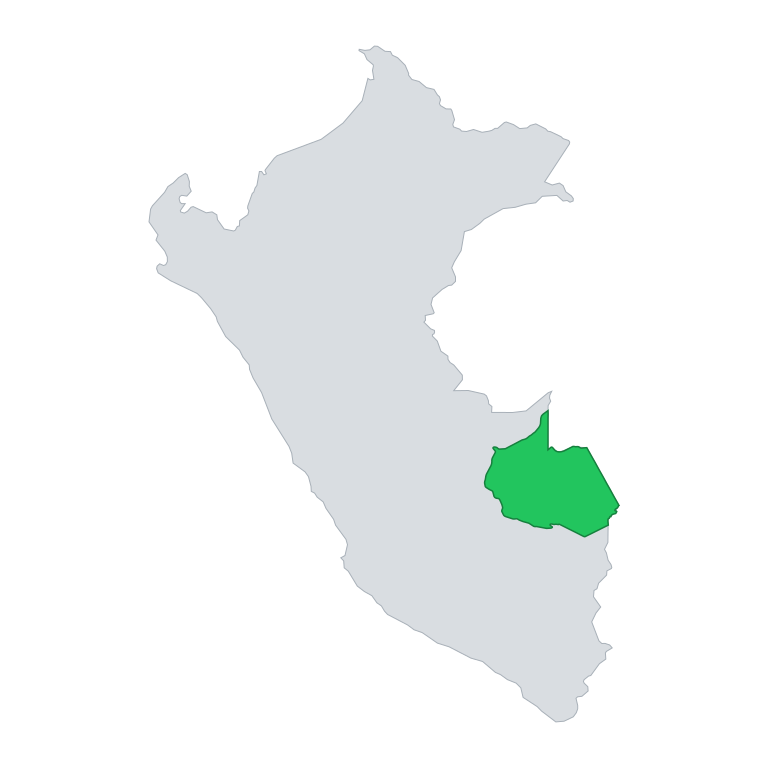 Madre de Dios highlighted on a map of Peru
{"feature_id": "PER-572", "entity_name": "Madre de Dios", "entity_type": "Department", "adm_level": 1, "iso_a3": "PER", "parent_name": "Peru", "parent_adm1": "", "projection": "albers", "projection_center": [-70.763, -11.651], "detail": "fine", "context": "in_parent", "style": "filled", "palette": "green", "viewbox_px": 768, "rotation_deg": 0, "n_neighbors": 0, "source": "natural_earth", "source_scale": "10m", "svg_char_len": 6166}
<svg xmlns="http://www.w3.org/2000/svg" viewBox="0 0 768 768"><path d="M573.3,198.6L573.1,201.0L570.0,202.2L567.2,200.5L563.1,201.0L556.9,195.4L542.2,196.3L535.6,202.8L525.9,204.2L515.2,207.3L503.1,208.6L484.2,219.1L479.9,223.3L471.4,229.5L464.4,231.6L461.1,250.6L454.4,261.7L451.7,267.8L455.5,276.9L455.5,281.4L451.7,285.1L448.5,285.5L442.1,289.4L432.6,297.9L431.0,304.4L434.2,312.8L433.1,313.8L425.2,315.5L425.5,320.3L423.9,322.1L430.6,328.8L434.4,330.4L434.6,332.1L434.0,333.8L432.5,334.6L432.4,336.1L437.3,341.1L440.9,351.2L447.9,356.1L448.0,359.4L450.1,362.6L453.8,365.0L462.3,375.1L462.4,379.8L453.7,390.7L468.2,390.5L484.2,394.1L486.5,395.9L488.4,400.7L488.7,403.9L491.9,406.5L491.6,412.4L512.6,412.5L526.1,410.9L548.1,392.8L551.7,391.3L549.8,395.2L549.5,398.1L550.7,401.2L548.1,405.6L547.9,449.7L551.9,447.4L557.0,451.5L560.8,451.8L572.8,446.8L586.7,447.7L618.9,505.5L616.1,509.4L616.2,512.3L612.2,514.8L608.2,519.5L607.9,542.4L604.5,549.3L606.4,552.9L608.1,560.2L611.0,564.6L611.8,567.4L611.4,568.5L606.9,570.9L606.6,575.1L598.6,583.2L597.0,588.7L594.0,590.5L593.5,596.8L600.7,607.0L596.0,613.0L591.7,621.9L598.9,640.8L601.8,643.5L605.0,643.4L609.7,645.0L612.2,647.9L606.4,651.4L605.4,652.9L605.8,659.1L599.4,663.7L590.8,675.5L588.5,676.1L584.1,679.7L583.4,681.4L584.1,683.1L587.8,686.7L588.1,691.0L581.9,696.3L577.6,696.8L576.0,698.3L577.7,705.5L577.7,708.8L576.3,712.7L573.3,716.8L564.1,721.2L555.8,721.9L541.6,711.1L537.2,706.6L523.1,697.4L520.8,687.8L516.1,683.1L507.4,679.6L500.5,674.6L495.4,672.4L482.6,661.5L470.9,658.1L449.1,646.8L437.4,643.1L422.2,632.6L414.1,629.8L407.5,624.9L387.6,614.5L384.5,611.1L381.4,605.9L376.9,602.8L371.9,595.7L364.5,591.6L357.3,586.1L348.3,571.2L344.2,567.8L343.7,560.9L340.8,557.8L345.0,555.5L347.5,544.7L346.0,539.4L335.6,525.2L333.6,519.3L326.0,508.4L323.2,501.9L317.2,497.2L314.6,493.1L311.3,491.4L311.0,486.3L308.5,476.7L305.1,471.9L293.1,463.1L291.7,453.2L289.0,446.4L271.8,419.0L261.6,392.6L253.1,378.0L249.6,369.5L249.2,364.9L243.0,357.2L239.5,350.1L225.7,336.6L217.4,321.4L216.2,316.9L210.6,308.6L201.6,297.8L197.2,293.5L170.7,280.8L158.2,272.9L156.6,268.7L157.1,266.2L159.7,263.8L163.5,265.5L165.7,264.7L167.4,261.6L167.3,257.0L164.8,251.2L156.0,240.1L158.0,234.9L149.0,221.9L150.6,209.1L152.4,205.8L164.6,192.3L167.9,186.6L173.2,183.0L178.6,177.6L185.2,173.4L187.2,174.7L189.4,181.5L189.2,186.2L191.2,191.2L186.8,196.1L181.7,195.3L179.8,196.5L179.1,198.7L180.0,202.2L181.4,203.6L185.2,203.6L180.3,210.6L180.7,212.0L184.3,213.1L187.6,211.2L191.1,207.2L193.2,206.6L206.2,212.8L212.1,211.9L216.8,214.8L217.5,219.7L224.1,229.0L233.7,231.0L235.3,230.2L237.3,226.5L239.4,225.9L239.7,220.6L247.8,214.8L248.9,210.9L247.6,208.2L247.8,206.0L252.3,193.4L253.8,192.1L255.1,188.0L256.9,185.5L259.4,171.5L261.6,171.5L263.9,174.8L266.4,173.8L265.0,170.7L265.4,169.6L274.3,158.2L277.1,155.7L321.2,139.3L343.0,123.1L362.2,100.7L367.9,78.4L370.2,79.9L373.9,79.3L372.5,70.4L373.4,66.1L373.2,64.8L367.0,59.6L364.4,53.8L359.0,50.6L359.2,49.3L364.9,50.4L370.0,49.8L374.4,46.1L377.6,46.3L385.0,51.3L390.5,51.6L392.3,55.2L397.6,57.7L405.2,65.3L408.7,73.6L408.5,75.1L411.9,79.5L419.1,81.5L426.4,87.6L434.0,89.4L437.4,94.9L439.4,96.7L440.5,99.9L439.4,103.6L440.5,105.6L446.0,108.9L450.8,109.0L451.8,110.5L454.5,119.7L452.8,124.4L453.5,126.9L459.8,129.2L461.6,131.1L466.5,131.5L473.5,129.5L482.1,132.3L488.8,131.2L491.8,130.4L495.0,128.4L497.6,128.4L504.4,122.5L506.3,122.0L513.5,124.6L519.7,128.6L527.2,127.9L530.3,125.4L535.8,123.9L545.7,128.9L547.8,131.2L550.6,131.7L561.1,136.7L563.0,138.6L568.6,140.5L569.7,142.1L569.4,143.9L544.6,181.8L552.2,185.0L559.4,183.1L563.1,185.6L565.8,191.8L571.4,195.9L573.3,198.6Z" fill="#d9dde1" stroke="#a8b0b8" stroke-width="1"/><path d="M586.1,447.7L586.8,447.7L586.9,447.9L587.0,448.1L587.2,448.4L587.3,448.6L587.4,448.8L587.6,449.1L587.7,449.3L587.8,449.5L591.6,456.3L595.4,463.0L599.1,469.8L602.9,476.5L606.6,483.3L610.4,490.0L614.1,496.8L617.9,503.5L618.8,505.2L619.0,505.5L618.6,505.7L618.4,506.0L618.1,506.7L617.8,507.3L617.4,507.8L616.9,508.3L615.8,508.9L615.3,509.3L615.0,509.8L614.9,510.5L615.2,510.8L616.4,511.1L616.8,511.6L615.9,513.2L615.7,513.5L612.7,514.3L611.9,514.8L611.3,515.6L610.9,516.6L610.1,516.5L609.6,517.2L609.3,518.1L608.1,519.0L607.9,519.8L607.9,521.4L608.3,525.1L585.4,536.5L584.8,536.7L583.8,536.5L559.5,524.3L558.9,524.2L558.3,524.6L557.1,524.4L555.9,524.2L554.0,524.5L552.3,524.1L551.1,524.0L550.6,524.1L550.2,524.3L550.1,524.8L550.2,525.3L550.6,525.7L551.1,526.0L552.0,526.6L552.3,527.0L552.3,527.4L551.8,527.8L551.1,528.1L546.6,528.4L536.4,526.5L535.5,526.6L534.3,526.5L533.7,526.3L529.2,523.4L528.6,523.1L523.1,521.6L519.3,520.1L518.6,519.7L517.7,519.1L517.3,518.9L516.8,518.8L516.1,518.8L514.2,519.0L513.6,519.0L512.8,518.9L506.0,516.7L505.0,516.3L503.9,515.5L503.3,514.5L502.4,512.6L502.1,512.1L501.8,511.4L501.8,510.5L502.0,509.8L502.6,508.2L502.6,507.3L502.3,506.1L501.8,504.4L500.6,501.6L499.8,499.9L499.5,499.4L499.1,498.9L498.7,498.7L498.3,498.5L497.8,498.4L497.3,498.4L496.2,498.2L495.2,497.7L494.7,497.3L494.4,496.9L494.0,496.3L493.0,492.4L492.7,491.6L492.3,491.0L491.8,490.7L489.2,489.4L486.2,487.5L485.6,486.9L485.4,486.7L485.2,486.2L484.6,483.1L484.6,482.5L484.8,481.1L485.2,480.1L485.6,477.8L485.8,476.3L486.4,474.3L491.1,465.4L491.7,463.4L491.9,461.1L491.8,460.3L492.0,459.2L492.2,458.4L492.6,457.5L495.2,452.6L495.4,452.0L495.4,451.6L495.1,450.9L493.1,448.4L493.0,448.0L493.1,447.6L493.4,447.3L494.1,447.0L495.4,447.1L496.2,447.3L496.8,447.5L498.3,448.7L498.6,448.9L499.5,449.1L504.6,448.8L505.5,448.7L505.8,448.5L522.0,440.0L525.2,439.1L525.9,438.8L527.3,437.9L529.4,436.1L531.3,435.0L533.5,433.1L534.2,432.7L535.1,432.0L538.6,427.8L539.7,426.1L540.2,424.8L540.5,423.6L540.8,418.4L541.0,417.6L541.5,416.0L542.1,415.2L543.2,414.1L548.0,410.6L548.1,413.6L548.0,418.4L548.0,423.1L548.0,427.8L548.0,432.6L548.0,437.3L548.0,442.0L548.0,446.7L548.0,449.8L551.1,447.2L551.9,447.1L552.9,447.9L554.5,449.9L555.4,450.7L557.1,451.6L558.9,451.9L560.8,451.8L562.6,451.4L564.1,450.9L573.0,446.4L574.5,446.5L575.2,446.7L575.9,446.7L577.4,446.6L578.4,446.7L579.0,447.0L580.4,447.9L581.6,448.1L586.1,447.7Z" fill="#22c55e" stroke="#15803d" stroke-width="1.5"/></svg>